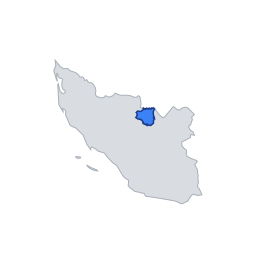 Danli, El Paraíso, Honduras (highlighted), rotated 228°
{"feature_id": "27666195B70228202857481", "entity_name": "Danli", "entity_type": "district", "adm_level": 2, "iso_a3": "HND", "parent_name": "Honduras", "parent_adm1": "El Paraíso", "projection": "orthographic", "projection_center": [-86.384, 14.061], "detail": "fine", "context": "in_parent", "style": "filled", "palette": "blue", "viewbox_px": 256, "rotation_deg": 228, "n_neighbors": 0, "source": "geoboundaries", "source_scale": "gbopen_adm2", "svg_char_len": 4922}
<svg xmlns="http://www.w3.org/2000/svg" viewBox="0 0 256 256"><g transform="rotate(228 128 128)"><path d="M227.1,119.2L218.8,118.8L215.0,119.9L213.3,122.2L211.9,123.2L210.7,123.0L208.2,123.9L204.5,126.0L201.2,126.8L198.2,126.4L197.3,126.9L197.1,127.5L196.6,128.2L195.5,128.6L194.2,128.4L192.7,127.7L191.9,128.0L191.8,129.3L191.0,129.7L189.5,129.1L187.7,129.6L185.8,131.2L183.2,131.5L179.7,130.6L177.0,128.9L175.1,126.4L172.8,125.8L168.8,127.7L167.2,129.9L166.8,131.3L167.2,132.5L166.5,133.3L164.7,133.7L163.3,135.2L162.3,137.8L162.1,139.8L162.7,141.2L161.8,142.3L159.4,143.0L156.5,145.2L153.2,149.0L149.9,151.7L146.7,153.2L145.1,154.9L145.2,156.7L145.0,157.3L144.4,157.5L143.3,157.8L137.0,153.8L135.2,151.0L133.6,151.5L131.6,152.9L128.9,156.0L125.9,160.3L124.4,160.8L116.9,160.1L113.0,160.5L112.1,161.1L111.8,162.6L112.0,164.7L113.1,172.3L113.7,175.4L113.1,176.3L111.1,176.5L108.4,176.9L107.0,178.3L106.7,179.8L106.5,181.8L105.7,183.9L104.1,185.4L102.5,186.0L93.5,186.3L93.7,182.8L91.1,181.4L89.6,178.5L88.4,176.5L88.8,175.4L88.7,174.0L85.0,172.9L81.6,173.7L79.7,173.1L78.2,172.4L80.7,170.7L80.9,169.6L80.1,168.9L79.3,168.4L79.6,166.4L80.1,164.1L81.5,158.8L81.0,157.8L78.7,156.2L75.8,156.0L72.7,156.5L71.1,155.6L69.8,153.8L67.6,152.9L63.5,154.3L59.3,156.5L58.0,157.3L56.9,157.2L56.4,155.5L56.2,153.6L56.0,153.1L53.7,152.4L51.1,151.8L49.8,151.3L48.5,149.9L45.4,148.2L44.7,146.9L40.5,143.9L39.6,142.4L38.7,141.3L36.7,140.0L35.1,140.3L29.8,138.5L28.9,138.3L29.7,136.9L31.4,134.6L35.1,132.1L35.5,130.1L34.5,126.1L33.6,123.5L34.1,122.4L35.3,117.8L36.2,116.8L41.6,114.5L42.1,114.2L46.3,111.0L50.9,107.4L55.8,103.5L61.2,99.1L64.2,96.5L65.6,95.4L68.6,96.3L71.1,94.2L72.5,93.5L75.8,91.0L76.8,90.5L82.3,89.5L85.0,89.5L87.3,92.1L89.1,93.5L92.6,92.3L95.5,92.1L107.5,94.5L112.3,93.4L121.1,93.2L125.0,93.8L130.6,90.4L134.2,89.8L138.4,88.2L137.8,86.6L136.8,85.8L143.2,86.5L152.8,89.9L162.9,89.2L166.6,87.4L168.9,86.8L179.4,90.3L182.1,93.0L184.3,93.2L185.9,92.6L186.4,92.0L184.3,91.4L183.4,90.6L191.6,92.2L207.2,104.8L207.5,105.8L200.9,102.1L197.4,102.4L196.5,103.1L196.7,105.1L197.0,106.1L198.5,106.2L199.6,105.6L202.4,106.2L204.2,107.6L206.4,109.7L207.8,111.9L209.2,111.9L210.5,110.6L213.2,110.4L214.9,111.9L216.1,111.8L214.4,109.4L210.4,107.1L211.3,107.0L220.2,111.1L222.8,116.4L224.9,117.6L227.1,119.2ZM123.0,74.2L118.0,76.7L116.4,76.7L118.7,74.7L122.5,73.0L125.6,72.2L128.2,72.5L123.0,74.2ZM140.4,71.4L138.0,73.3L137.6,72.5L138.7,70.7L140.2,69.7L141.6,69.8L141.3,70.5L140.4,71.4Z" fill="#d9dde1" stroke="#a8b0b8" stroke-width="1"/><path d="M116.9,152.9L117.0,152.9L118.0,153.7L118.7,154.0L118.3,154.5L118.2,154.5L118.9,154.9L119.9,155.2L120.5,155.6L121.9,156.5L123.4,158.0L124.4,160.3L124.5,160.5L124.8,160.5L125.0,160.5L125.0,160.4L125.1,160.5L125.3,160.5L125.4,160.4L125.5,160.4L125.8,160.4L125.9,160.1L126.0,160.0L126.1,159.9L126.2,159.7L126.3,159.6L126.3,159.4L126.4,159.2L126.5,159.2L126.8,159.0L126.7,158.9L126.8,158.8L127.0,158.8L127.0,158.6L127.0,158.4L126.9,158.3L126.9,158.2L126.9,157.9L127.0,157.8L126.9,157.6L127.0,157.6L127.3,157.5L127.5,157.4L127.6,157.2L127.6,156.9L127.8,156.8L127.9,156.7L128.0,156.7L128.3,156.7L128.2,156.5L128.3,156.4L128.4,156.5L128.4,156.4L128.4,156.5L128.5,156.5L128.5,156.4L128.6,156.2L128.7,155.9L128.8,155.9L129.0,155.8L129.3,155.8L129.3,155.6L129.3,155.4L129.2,155.3L129.2,155.2L129.3,155.2L129.5,155.0L129.5,154.9L129.8,154.8L130.1,154.9L130.1,154.7L130.1,154.4L130.2,154.2L130.3,154.2L130.5,154.2L130.5,153.9L130.4,153.8L130.4,153.7L130.5,153.6L130.4,153.5L130.3,153.4L130.4,153.2L130.5,153.2L130.6,153.3L130.8,153.3L131.0,153.4L131.3,153.3L131.3,153.1L131.5,153.0L131.6,152.8L131.7,152.7L131.8,152.8L131.9,152.7L132.0,152.7L131.9,152.6L132.0,152.5L131.9,152.5L131.9,152.4L131.8,152.2L131.7,152.2L131.4,151.9L131.5,151.8L131.5,151.7L131.7,148.6L134.2,146.4L134.0,144.5L133.8,144.5L131.7,143.9L130.8,141.7L130.5,140.8L128.5,141.3L128.4,141.3L128.4,141.5L128.2,141.6L127.9,141.8L127.7,141.8L127.5,142.0L127.4,142.1L127.2,142.2L126.7,142.4L126.6,142.6L126.4,142.7L126.4,142.8L126.2,142.9L126.1,143.0L125.9,143.0L125.7,143.2L125.6,143.3L125.3,143.2L125.2,143.4L124.7,143.4L122.4,143.2L122.2,142.7L122.2,142.8L122.1,142.7L122.1,142.8L121.9,142.8L121.6,142.8L121.4,142.8L121.2,142.8L120.9,142.8L120.7,142.8L120.6,142.7L120.4,142.7L120.2,142.6L120.1,142.8L119.9,143.0L119.7,143.1L119.8,143.0L119.8,142.9L119.7,142.9L119.6,143.0L119.4,143.2L119.2,143.2L119.2,143.3L118.9,143.3L118.7,143.4L118.6,143.5L118.4,143.6L118.3,143.9L118.3,144.0L118.2,143.9L118.1,144.0L117.9,144.2L117.9,144.3L117.8,144.2L117.8,144.3L117.7,144.3L117.5,144.5L117.4,144.4L117.2,144.4L117.2,144.5L116.9,144.5L116.7,144.5L116.8,144.7L116.7,144.8L116.6,145.0L116.4,145.4L116.3,145.5L116.1,145.6L115.2,146.2L115.1,146.3L114.9,146.3L114.9,146.5L114.8,146.8L114.7,146.9L114.7,147.0L114.8,147.3L114.6,147.9L114.5,150.0L115.8,151.3L116.8,152.5L116.8,152.8L116.9,152.9Z" fill="#3b82f6" stroke="#1e3a8a" stroke-width="1.5"/></g></svg>